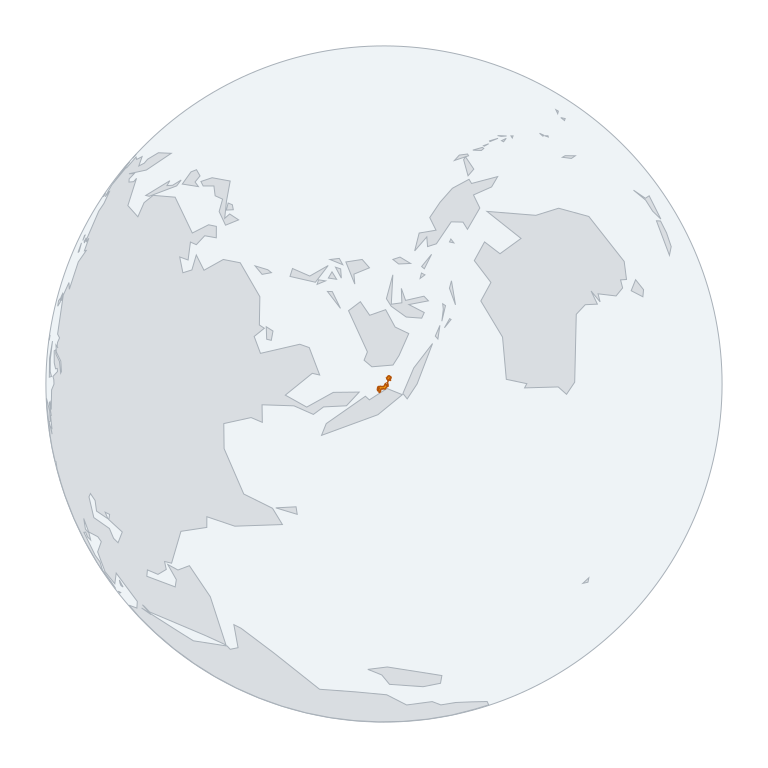 Bangka-Belitung highlighted on a globe, orthographic projection, rotated 286°
{"feature_id": "IDN-1231", "entity_name": "Bangka-Belitung", "entity_type": "Province", "adm_level": 1, "iso_a3": "IDN", "parent_name": "Indonesia", "parent_adm1": "", "projection": "orthographic", "projection_center": [106.711, -2.366], "detail": "fine", "context": "on_globe", "style": "filled", "palette": "amber", "viewbox_px": 768, "rotation_deg": 286, "n_neighbors": 0, "source": "natural_earth", "source_scale": "10m", "svg_char_len": 10064}
<svg xmlns="http://www.w3.org/2000/svg" viewBox="0 0 768 768"><g transform="rotate(286 384 384)"><circle cx="384" cy="384" r="338" fill="#eef3f6" stroke="#a8b0b8"/><path d="M695.0,473.6L694.5,476.1L694.2,476.4L695.0,473.6ZM551.5,90.5L551.4,90.5L551.5,90.5ZM536.6,82.5L531.7,80.2L535.2,81.8L536.6,82.5ZM527.8,78.4L515.9,73.8L520.9,76.4L500.2,67.4L517.1,73.7L520.7,75.0L522.6,76.0L527.8,78.4ZM490.6,63.8L486.5,62.4L489.2,63.1L490.6,63.8ZM93.5,211.3L92.4,213.3L101.1,199.9L100.5,208.2L107.0,206.8L128.4,178.7L117.8,180.3L126.7,167.6L143.7,155.0L154.5,155.7L158.3,151.0L160.4,140.9L172.0,132.4L162.2,137.0L159.4,141.5L153.2,145.0L155.3,141.2L159.4,138.0L158.7,136.4L139.7,153.6L134.8,160.0L127.5,164.7L118.7,176.3L113.4,182.5L126.4,165.3L132.1,158.8L133.8,156.9L150.9,139.3L169.2,123.1L188.6,108.3L191.7,106.2L202.7,98.9L201.6,99.8L212.1,93.2L219.1,90.0L219.3,89.0L232.1,82.1L243.4,76.8L247.7,74.8L241.7,77.5L272.2,65.1L277.2,63.5L266.0,70.0L256.3,73.5L255.5,72.5L244.3,78.8L250.9,75.6L250.1,76.9L262.1,72.0L262.1,72.8L273.7,67.4L275.1,67.9L267.7,71.2L286.7,66.1L292.9,66.8L297.2,65.4L300.0,63.7L306.0,66.7L308.9,65.6L308.1,64.1L313.4,61.2L325.0,57.8L326.4,59.0L322.4,60.3L316.2,65.8L305.3,70.2L307.1,70.5L316.9,67.0L324.5,60.2L331.1,57.9L328.8,60.6L330.2,59.4L333.9,58.7L338.9,59.4L342.0,56.5L381.0,51.2L394.7,53.2L388.3,55.4L417.1,56.5L430.3,61.0L429.4,59.3L442.7,60.1L438.8,58.6L439.4,58.0L471.6,62.2L480.3,65.0L493.3,67.1L492.9,66.6L487.2,64.4L500.2,67.4L520.9,76.4L520.8,77.0L533.8,83.1L531.7,84.3L535.9,88.8L526.0,88.2L530.2,92.7L534.9,94.8L544.1,103.4L547.1,115.9L524.2,96.6L515.8,80.9L517.4,85.9L510.9,82.5L507.8,83.2L509.5,87.6L513.5,89.4L484.9,88.6L476.9,101.3L492.2,103.4L501.7,110.1L506.0,131.7L476.3,158.1L488.7,171.5L489.3,179.4L478.3,182.5L477.1,170.8L466.2,165.2L467.1,158.8L449.2,161.5L449.8,152.6L435.5,160.0L440.7,167.9L456.3,168.0L443.7,179.6L459.4,195.2L460.9,212.4L433.7,240.6L406.4,247.9L404.6,253.6L393.9,246.1L379.4,256.8L399.0,292.1L398.4,302.1L374.9,319.7L374.5,312.1L346.1,292.2L340.5,316.1L362.0,337.6L369.4,362.4L352.7,353.9L345.3,332.2L335.3,324.5L338.2,303.5L330.4,272.5L313.6,277.6L315.1,265.5L301.8,240.9L277.8,248.1L239.6,279.5L233.8,311.1L220.9,325.1L206.2,279.8L207.6,250.3L197.3,253.2L186.4,229.4L153.2,229.2L152.9,222.0L145.7,225.8L138.7,219.2L140.1,207.8L133.8,209.0L131.4,239.2L138.7,238.3L150.9,225.9L148.4,237.2L155.7,247.0L131.6,275.7L89.6,304.0L93.1,280.7L100.3,221.4L104.3,214.7L104.6,213.9L105.2,212.6L98.1,223.7L101.9,212.7L89.9,253.1L84.6,271.5L88.9,305.5L86.6,309.3L90.3,316.4L111.3,306.0L109.8,313.9L95.2,352.0L72.8,406.2L80.2,441.5L86.0,472.3L81.7,494.2L92.0,517.9L91.2,527.1L97.6,540.7L102.6,555.8L107.2,570.7L104.4,573.1L96.5,560.9L84.4,540.3L73.8,518.1L64.9,495.2L57.7,471.8L52.2,447.9L48.4,423.6L46.4,399.1L46.2,374.6L47.8,350.1L51.1,325.8L56.2,301.8L63.1,278.2L71.6,255.2L81.8,232.9L93.5,211.3ZM158.1,172.1L169.6,173.2L177.8,156.8L183.0,156.2L183.9,151.3L178.4,155.7L182.6,142.7L192.4,138.4L197.8,132.0L194.2,131.5L175.6,141.9L169.4,159.9L161.1,166.6L158.1,172.1ZM122.7,183.6L116.9,189.2L117.7,186.8L119.5,185.3L122.7,183.6ZM111.6,185.6L111.0,188.4L110.1,187.6L111.6,185.6ZM247.2,630.1L254.2,634.3L249.7,634.7L247.2,630.1ZM112.9,465.2L119.7,520.0L111.9,520.8L103.8,505.0L96.8,472.1L103.7,462.1L105.2,447.1L112.9,465.2ZM454.7,426.6L464.9,429.1L464.5,430.7L454.7,426.6ZM444.2,420.1L455.8,421.6L442.1,423.4L444.2,420.1ZM460.3,422.3L472.2,420.4L477.3,418.3L476.3,421.5L460.3,422.3ZM436.3,419.5L393.2,415.8L376.1,410.4L380.1,404.8L407.7,408.2L436.3,419.5ZM378.8,404.6L352.8,386.6L317.4,338.1L330.0,339.4L367.1,369.5L364.7,374.3L380.5,388.1L378.8,404.6ZM441.8,379.0L439.3,393.9L415.5,390.6L404.7,387.4L397.2,367.6L401.4,358.3L410.3,359.2L444.7,329.7L456.6,338.6L446.1,351.3L455.9,365.1L441.8,379.0ZM235.1,314.1L241.7,333.3L234.8,336.5L235.1,314.1ZM458.6,308.8L444.7,321.3L457.4,304.1L458.6,308.8ZM466.1,292.4L467.0,299.4L461.3,292.2L466.1,292.4ZM404.3,262.7L394.9,263.6L394.7,258.9L406.6,255.0L404.3,262.7ZM462.0,227.5L461.8,240.8L460.0,245.1L455.8,236.6L462.0,227.5ZM333.9,53.5L315.8,56.4L304.1,59.6L299.6,62.3L298.3,60.4L316.3,55.5L333.9,53.5ZM375.0,50.9L379.0,49.6L382.5,50.2L382.0,50.5L375.0,50.9ZM373.7,50.2L368.8,48.9L374.4,48.2L377.2,49.3L373.7,50.2ZM339.2,49.5L333.7,50.2L335.3,49.8L339.2,49.5ZM616.0,600.9L616.9,604.9L607.2,613.9L595.2,622.2L586.4,622.9L616.0,600.9ZM539.2,608.8L541.8,595.9L553.6,597.1L546.2,607.5L539.2,608.8ZM624.2,594.6L632.9,584.8L639.1,570.4L634.6,584.1L638.0,587.0L618.8,604.7L624.2,594.6ZM504.0,549.6L438.3,566.8L424.4,562.3L429.2,552.3L419.0,520.2L423.7,521.2L422.2,500.3L461.8,485.0L490.5,454.2L511.1,458.8L527.5,436.8L548.3,441.5L541.2,459.6L561.7,475.6L578.3,435.4L588.0,483.5L601.1,503.4L601.5,534.7L568.0,581.1L551.3,588.3L549.3,582.7L542.1,586.9L532.6,582.8L529.7,564.9L522.5,569.1L530.5,557.4L519.6,567.1L515.7,555.6L504.0,549.6ZM651.1,493.0L653.4,495.2L656.1,505.0L652.5,502.0L651.1,493.0ZM688.8,480.5L689.1,485.0L687.0,484.9L688.8,480.5ZM694.2,476.4L691.7,476.5L695.0,473.6L694.2,476.4ZM666.9,469.8L667.8,473.2L666.7,473.9L666.9,469.8ZM666.0,468.5L667.9,464.4L667.2,469.0L666.0,468.5ZM655.8,439.5L657.5,437.6L658.1,439.7L655.8,439.5ZM479.8,430.9L494.1,420.5L501.8,420.4L479.8,430.9ZM653.8,433.8L649.8,432.2L650.3,429.9L653.8,433.8ZM654.3,428.3L654.1,424.7L656.2,433.5L654.3,428.3ZM646.8,418.4L651.6,425.9L646.2,419.0L646.8,418.4ZM643.8,418.4L640.2,414.8L640.5,413.9L643.8,418.4ZM600.9,412.9L614.7,436.1L603.1,433.1L590.4,417.9L579.6,427.6L555.7,421.6L561.4,415.3L558.4,403.9L533.2,395.7L528.1,388.0L537.2,384.6L520.4,376.8L538.8,376.2L546.2,391.6L556.6,382.1L574.2,387.8L591.0,395.8L604.2,409.3L600.9,412.9ZM538.6,407.8L541.8,408.3L538.9,412.3L538.6,407.8ZM633.3,404.9L638.6,413.4L637.9,415.0L635.3,413.2L633.3,404.9ZM607.3,407.4L621.6,398.7L624.9,399.7L615.3,411.1L607.3,407.4ZM618.3,390.1L624.8,393.3L628.1,400.9L626.7,402.4L618.3,390.1ZM501.0,389.4L500.2,393.3L495.4,389.6L501.0,389.4ZM507.3,387.8L521.8,394.0L505.9,391.0L507.3,387.8ZM462.7,369.0L467.0,378.8L480.7,374.3L470.3,381.7L479.4,398.2L476.2,403.8L467.2,386.0L463.8,403.0L457.7,402.1L454.5,386.9L460.7,369.5L466.7,362.8L491.4,362.4L462.7,369.0ZM507.2,376.3L503.4,365.0L506.2,358.2L510.4,364.4L507.2,376.3ZM491.7,338.0L481.3,324.8L472.0,328.4L490.8,313.7L497.7,328.7L491.7,338.0ZM482.7,310.6L474.0,313.8L482.9,305.2L482.7,310.6ZM471.6,309.6L470.5,301.3L477.5,303.1L471.6,309.6ZM487.3,311.5L488.8,297.8L492.4,306.4L487.3,311.5ZM467.3,282.9L482.5,297.7L462.9,290.0L461.5,264.0L469.8,264.2L467.3,282.9ZM510.0,191.1L507.7,184.5L515.0,184.3L514.5,188.8L510.0,191.1ZM536.7,180.2L516.2,182.2L499.3,185.2L504.9,188.8L501.7,199.0L493.0,187.9L504.3,178.0L517.2,177.9L518.4,169.8L527.5,165.9L524.5,155.6L528.2,152.2L534.9,161.9L536.7,180.2ZM522.6,151.2L520.6,135.0L534.7,140.0L538.3,144.7L533.3,149.8L526.1,146.7L522.6,151.2ZM524.2,132.8L517.3,130.1L499.7,106.5L499.6,103.0L520.4,122.1L514.9,120.7L516.8,126.1L524.2,132.8ZM488.1,63.2L486.6,62.5L490.3,63.8L488.1,63.2ZM436.9,57.1L438.4,56.5L442.6,57.5L436.9,57.1ZM444.7,55.7L438.9,54.9L444.4,55.2L444.7,55.7ZM426.0,53.6L436.3,54.3L427.3,54.4L426.0,53.6Z" fill="#d9dde1" stroke="#a8b0b8" stroke-width="1"/><path d="M384.3,385.1L384.6,385.2L384.7,385.3L384.3,385.4L384.2,385.5L383.8,386.0L383.4,387.0L383.4,387.4L383.6,387.5L383.8,387.5L384.0,387.7L384.2,387.8L384.2,388.0L384.0,388.3L383.9,388.3L383.7,388.3L383.7,388.2L383.4,388.2L383.2,388.2L383.1,388.3L382.9,388.4L382.8,388.2L382.7,387.9L382.4,387.6L382.0,387.5L381.9,387.5L381.6,387.2L380.4,386.8L380.2,386.8L379.8,386.7L379.7,386.7L379.4,386.1L379.3,385.8L379.2,385.6L379.3,385.3L379.4,385.0L379.5,384.8L379.4,384.5L379.2,384.4L378.8,384.2L378.7,383.9L378.8,383.7L378.7,383.5L378.7,383.4L378.6,383.2L378.6,382.9L378.5,382.7L378.4,382.7L378.0,382.6L377.9,382.6L377.7,382.6L377.4,382.5L377.3,382.3L377.2,382.2L377.1,382.3L376.8,382.4L376.7,382.5L376.4,382.6L376.0,382.6L375.7,382.6L375.5,382.4L375.3,382.3L375.2,382.2L375.0,382.3L374.9,382.3L374.7,382.1L374.7,381.9L374.7,381.6L374.8,381.5L375.0,381.4L375.7,381.1L376.1,380.8L376.3,380.6L376.2,380.3L376.0,380.2L375.9,380.1L376.0,380.0L376.0,379.8L376.0,379.7L376.3,379.5L376.6,379.3L376.7,379.2L377.0,379.2L377.4,379.0L377.5,379.1L377.6,379.3L377.6,379.6L377.9,379.8L378.1,379.8L377.8,380.1L377.7,380.2L377.8,380.3L378.0,380.5L378.3,380.5L378.5,380.6L378.6,380.4L378.4,380.2L378.4,379.8L378.4,379.7L378.2,379.5L378.2,379.4L378.1,379.2L378.7,379.0L378.8,379.0L379.1,378.8L379.3,378.9L379.4,379.0L379.5,379.1L380.0,379.3L380.1,379.5L380.0,379.9L380.1,380.0L380.2,380.3L380.3,380.3L380.4,380.5L380.5,380.6L380.5,380.8L380.8,381.1L380.8,381.6L380.8,381.9L381.0,382.9L381.4,383.9L381.5,384.2L381.7,384.4L381.9,384.6L382.0,384.6L382.3,384.7L383.1,384.9L383.8,385.0L384.2,385.1L384.3,385.1ZM393.3,386.9L393.3,387.0L393.2,387.0L393.1,387.3L392.9,387.6L392.8,387.8L392.8,388.0L392.7,388.2L392.7,388.3L392.8,388.5L392.7,388.6L392.4,388.7L392.2,388.7L392.1,388.8L392.0,389.1L391.8,389.1L391.7,389.1L391.4,389.0L391.4,388.8L391.4,388.6L391.2,388.5L390.9,388.3L391.0,388.2L390.9,388.2L390.7,388.1L390.7,388.4L390.7,388.6L390.1,388.9L389.7,388.9L389.6,389.1L389.4,389.2L389.2,389.0L389.3,388.8L389.5,388.5L389.4,388.4L389.2,388.2L389.2,387.9L389.1,387.7L389.3,387.5L389.3,387.3L389.3,387.2L389.2,387.3L388.9,387.3L388.9,387.2L389.0,387.1L389.3,387.0L389.3,386.8L389.3,386.6L389.2,386.5L389.3,386.4L389.5,386.3L389.5,385.9L389.6,385.3L389.7,385.2L389.9,385.1L390.0,385.1L390.3,385.1L390.5,385.0L390.6,384.9L390.7,385.1L390.9,385.2L391.1,385.2L391.5,385.2L391.6,385.3L391.8,385.6L391.9,385.4L392.0,385.4L392.2,385.5L392.3,385.6L392.5,385.7L392.5,385.8L392.8,385.8L393.2,386.3L393.2,386.5L393.3,386.7L393.3,386.9ZM385.2,387.3L385.2,387.5L385.1,387.8L384.9,387.9L384.6,387.8L384.3,387.6L384.1,387.5L384.1,387.4L384.4,387.2L384.5,387.1L384.8,387.2L385.1,387.3L385.2,387.3ZM388.0,387.0L388.1,386.9L388.4,386.7L388.6,386.7L388.6,386.8L388.6,387.0L388.4,387.2L388.2,387.3L387.9,387.2L387.7,387.1L387.8,387.0L388.0,387.0ZM386.3,386.9L386.3,387.1L386.2,387.2L385.9,387.1L385.9,386.9L386.0,386.8L386.1,386.7L386.2,386.8L386.3,386.9Z" fill="#f59e0b" stroke="#b45309" stroke-width="1.5"/></g></svg>